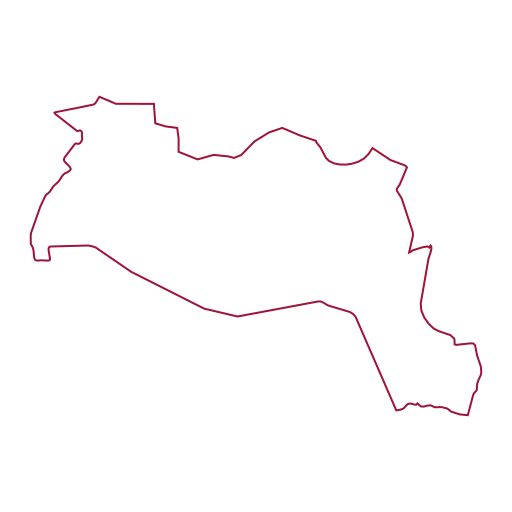 SVG path tracing the border of Sila
{"feature_id": "TCD-5582", "entity_name": "Sila", "entity_type": "Prefecture", "adm_level": 1, "iso_a3": "TCD", "parent_name": "Chad", "parent_adm1": "", "projection": "orthographic", "projection_center": [21.327, 12.006], "detail": "fine", "context": "isolated", "style": "outline", "palette": "rose", "viewbox_px": 512, "rotation_deg": 0, "n_neighbors": 0, "source": "natural_earth", "source_scale": "10m", "svg_char_len": 2408}
<svg xmlns="http://www.w3.org/2000/svg" viewBox="0 0 512 512"><path d="M423.8,406.6L420.8,406.4L417.5,403.4L416.2,404.7L414.4,404.6L412.3,403.9L410.1,403.5L408.1,403.9L406.8,404.9L404.1,407.9L402.4,409.0L400.2,409.7L396.3,410.4L396.2,410.2L355.5,316.6L353.4,314.3L350.2,312.1L328.2,305.5L322.5,302.2L320.4,301.4L317.9,301.5L237.5,316.5L204.1,308.6L131.3,271.9L95.7,247.5L92.5,246.4L88.4,245.5L50.9,246.5L49.4,246.9L48.9,247.6L48.6,248.5L48.6,250.4L50.0,258.7L49.9,259.6L49.6,260.2L48.9,260.5L47.9,260.6L41.3,260.3L37.5,260.6L36.3,260.4L35.4,260.1L34.7,259.1L34.2,257.5L33.4,249.6L32.8,247.6L30.8,243.9L30.7,235.7L31.1,232.8L40.4,206.4L44.8,197.0L45.4,195.9L46.3,194.7L46.9,194.2L47.4,193.8L48.0,193.4L48.9,192.6L50.0,191.4L53.3,186.4L58.7,181.4L62.2,176.0L63.2,174.9L64.2,173.9L64.8,173.5L65.4,173.1L67.7,172.1L69.9,170.5L70.5,169.7L70.7,169.0L70.6,168.5L70.3,167.9L69.6,166.7L65.1,162.1L64.2,160.9L64.0,160.0L64.0,158.8L64.9,157.1L74.6,144.3L75.4,143.6L76.1,143.5L76.9,143.6L77.7,143.9L78.8,143.7L79.9,143.2L81.4,141.4L81.9,140.1L82.2,139.0L81.9,135.8L82.1,133.7L81.9,132.5L81.6,131.6L81.1,131.1L80.6,130.7L80.1,130.4L79.4,130.5L78.1,131.0L77.4,131.1L76.7,130.7L55.9,114.5L54.8,113.4L54.5,112.7L55.5,112.2L92.4,104.8L93.9,104.3L94.5,104.0L95.6,102.9L99.4,96.8L115.9,103.8L132.0,103.8L153.9,103.9L155.3,123.3L165.5,126.4L177.2,127.9L178.6,138.4L178.6,151.8L197.6,159.4L213.6,154.9L228.3,156.4L234.1,157.9L241.4,154.9L254.5,141.4L269.1,132.4L282.3,127.9L299.8,135.4L315.9,140.8L316.5,142.5L320.4,147.4L326.0,158.0L329.0,160.9L334.0,163.4L339.9,164.5L346.0,164.6L351.6,163.8L358.4,161.7L363.8,158.7L368.4,154.2L372.5,148.1L390.4,160.0L405.1,165.5L407.0,167.3L399.9,184.2L396.7,189.1L397.0,190.9L401.7,198.4L412.4,231.0L412.8,232.8L412.9,234.6L412.8,236.4L409.1,252.5L410.0,252.1L410.9,251.7L412.5,250.4L421.8,247.5L427.4,246.4L429.3,247.6L430.5,245.5L431.2,246.2L431.4,248.5L431.0,251.0L428.5,258.5L420.7,303.7L421.4,310.7L424.3,317.6L428.7,323.8L433.9,328.7L438.8,331.2L450.4,335.1L454.1,338.5L454.5,339.8L454.6,344.3L456.0,344.9L469.7,343.4L473.1,343.4L475.1,345.2L477.1,355.6L480.8,366.4L481.0,368.4L481.3,372.6L480.7,375.2L478.3,380.4L477.4,383.0L476.9,385.9L476.9,388.9L476.5,390.5L474.2,393.0L473.3,394.5L467.8,415.2L459.8,414.4L451.1,411.6L447.4,408.6L442.1,407.2L440.7,407.1L435.7,407.3L434.2,407.0L431.5,405.7L430.3,405.3L426.9,405.7L423.8,406.6Z" fill="none" stroke="#9f1239" stroke-width="2"/></svg>